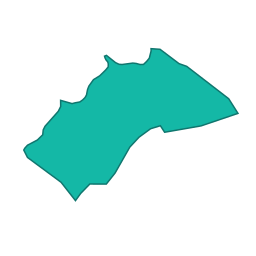 map outline of Sangre Grande (Natural Earth projection), rotated 45°
{"feature_id": "TTO-54", "entity_name": "Sangre Grande", "entity_type": "Region", "adm_level": 1, "iso_a3": "TTO", "parent_name": "Trinidad and Tobago", "parent_adm1": "", "projection": "natural_earth1", "projection_center": [-61.154, 10.651], "detail": "fine", "context": "isolated", "style": "filled", "palette": "teal", "viewbox_px": 256, "rotation_deg": 45, "n_neighbors": 0, "source": "natural_earth", "source_scale": "10m", "svg_char_len": 799}
<svg xmlns="http://www.w3.org/2000/svg" viewBox="0 0 256 256"><g transform="rotate(45 128 128)"><path d="M88.2,55.6L95.0,49.7L118.6,46.4L125.9,42.9L178.5,36.1L195.4,39.9L178.2,74.8L156.9,105.1L149.3,103.5L144.5,112.5L142.3,126.7L142.8,140.3L150.7,169.0L152.3,183.0L140.6,194.6L140.8,207.8L142.2,216.5L119.1,213.7L77.8,219.9L69.9,217.3L69.3,215.3L69.1,211.2L72.4,200.6L72.5,193.1L69.4,189.3L68.1,185.4L66.9,165.5L65.2,160.4L60.8,156.1L71.2,150.3L72.9,147.4L75.5,143.7L76.1,140.2L76.1,136.9L75.3,134.0L72.2,129.4L70.7,126.0L69.4,118.2L71.1,111.1L71.2,102.7L70.8,98.8L68.7,96.6L67.0,95.6L64.4,95.4L62.3,94.7L60.6,93.8L61.4,91.9L72.9,90.6L76.6,89.3L78.9,87.3L85.5,78.7L88.1,76.6L91.6,74.6L94.0,72.1L94.1,67.8L93.7,63.6L89.8,57.1L88.2,55.6Z" fill="#14b8a6" stroke="#0f766e" stroke-width="1.5"/></g></svg>